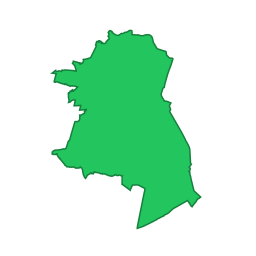 outline of San Martín Texmelucan, Puebla, Mexico, rotated 13°
{"feature_id": "50627088B54232272598666", "entity_name": "San Martín Texmelucan", "entity_type": "district", "adm_level": 2, "iso_a3": "MEX", "parent_name": "Mexico", "parent_adm1": "Puebla", "projection": "robinson", "projection_center": [-98.448, 19.266], "detail": "fine", "context": "isolated", "style": "filled", "palette": "green", "viewbox_px": 256, "rotation_deg": 13, "n_neighbors": 0, "source": "geoboundaries", "source_scale": "gbopen_adm2", "svg_char_len": 5478}
<svg xmlns="http://www.w3.org/2000/svg" viewBox="0 0 256 256"><g transform="rotate(13 128 128)"><path d="M208.4,189.7L209.4,187.3L210.8,184.7L211.3,182.8L212.4,180.9L213.2,180.5L214.3,178.9L206.4,174.4L200.6,162.9L199.8,160.9L199.0,159.7L198.4,158.1L198.1,156.9L197.2,156.7L197.9,154.7L197.6,153.6L197.6,153.2L196.4,152.5L197.9,149.0L196.9,148.4L196.1,145.6L192.9,134.6L191.8,132.7L189.9,130.4L189.0,129.3L187.5,127.8L185.6,125.3L181.2,120.2L164.8,102.5L165.4,100.5L164.0,98.3L163.5,97.3L163.4,96.9L163.4,96.4L164.2,94.0L161.1,93.4L158.8,93.3L157.2,93.5L156.7,92.7L155.3,91.3L154.8,91.0L154.4,90.3L153.7,89.6L153.0,88.6L152.8,88.1L152.7,87.0L153.1,81.5L153.3,81.1L154.2,80.3L154.0,77.0L154.5,67.0L154.7,64.8L155.8,56.5L156.2,50.5L155.2,50.0L154.3,50.3L153.1,50.5L152.0,50.1L151.4,49.8L150.8,49.2L149.6,48.7L148.9,47.6L148.0,45.2L147.2,44.8L145.4,44.8L141.1,44.4L138.7,44.3L135.8,41.4L135.2,40.6L133.3,38.8L133.0,37.8L132.3,36.4L131.3,34.6L130.3,33.3L129.6,33.1L128.4,32.5L126.4,32.6L125.5,32.8L123.4,33.7L121.5,34.9L120.2,35.1L116.5,35.0L115.4,35.5L111.0,36.1L110.4,33.9L109.9,32.4L108.4,32.3L107.3,32.8L106.4,33.9L105.1,34.9L104.6,35.2L103.6,35.4L102.0,36.9L101.5,37.2L100.3,37.3L98.8,39.0L98.0,39.6L97.8,40.0L96.7,40.1L95.3,40.1L92.9,39.3L92.4,39.1L91.0,37.9L90.6,37.9L90.6,37.6L89.4,37.2L89.2,37.5L88.4,37.2L88.2,37.3L87.9,37.7L87.5,38.8L87.2,39.2L87.3,39.6L87.5,39.9L88.2,40.6L88.4,41.1L88.3,42.3L87.9,43.0L88.6,43.7L88.8,44.0L89.2,44.3L89.5,45.6L89.2,45.9L88.6,46.8L88.3,47.0L88.1,47.3L88.1,47.7L87.5,48.4L87.3,49.0L87.3,49.9L87.2,50.2L86.9,50.5L86.5,50.6L86.3,50.9L86.0,51.1L84.5,51.3L84.0,50.5L83.7,50.7L83.2,51.4L83.0,51.5L82.9,51.2L82.7,50.4L82.6,50.1L82.2,49.7L81.7,49.5L81.3,49.7L80.9,50.5L80.7,50.6L80.5,50.4L80.3,49.5L79.8,49.6L79.6,50.0L79.6,50.7L79.4,51.1L79.2,51.1L78.9,50.6L78.6,50.6L78.2,50.7L77.9,51.6L77.9,53.2L77.7,54.4L77.9,54.5L78.6,55.2L78.7,55.4L75.7,68.0L70.4,70.9L70.1,70.9L69.5,71.1L69.1,71.1L68.9,71.3L69.0,71.5L69.6,71.9L69.5,73.5L69.3,74.0L69.3,74.6L69.1,75.0L68.7,75.4L67.8,75.3L67.7,75.4L67.4,75.4L67.6,76.0L67.2,76.6L66.9,76.6L66.6,76.5L66.2,76.2L66.0,75.4L59.7,75.2L59.6,77.2L59.4,77.5L62.4,79.5L62.4,79.9L64.7,83.8L64.7,84.4L62.2,84.3L53.6,85.6L53.4,85.7L52.6,86.2L50.7,86.4L50.5,86.7L50.5,87.8L47.8,87.8L47.0,88.6L45.6,88.8L44.5,88.8L44.4,88.3L43.7,89.0L42.4,90.9L41.7,91.6L44.0,91.4L45.8,91.1L45.6,99.5L46.2,99.9L46.6,99.8L46.8,99.4L47.3,99.5L47.5,99.2L48.4,99.0L49.4,99.0L50.3,99.4L50.9,99.1L51.3,99.2L52.0,99.5L52.8,99.4L53.0,99.6L53.8,99.6L54.1,99.7L55.1,99.7L55.7,99.3L56.1,99.3L56.6,99.9L56.9,99.8L56.8,99.5L57.0,99.3L58.1,99.1L58.3,99.1L58.5,99.2L58.6,99.7L60.7,100.1L61.3,99.9L61.5,100.0L62.0,100.2L62.3,100.4L62.7,100.3L62.9,99.9L63.3,99.7L63.8,99.5L64.2,99.4L64.4,99.6L65.4,99.4L65.9,99.2L66.5,99.2L68.0,99.2L68.4,99.5L68.6,99.5L68.8,99.5L68.9,99.4L69.2,99.3L69.7,99.3L67.9,102.5L67.6,102.8L67.1,102.9L66.8,103.3L66.7,103.5L66.6,104.5L66.4,104.6L66.1,104.6L65.8,104.2L65.3,103.3L64.8,103.8L64.7,104.0L64.9,104.2L65.1,104.5L65.0,104.8L64.7,105.1L63.4,105.0L63.3,106.1L63.1,106.4L63.1,107.0L62.9,107.1L62.1,107.1L62.0,107.6L62.5,109.2L63.3,112.2L63.9,113.2L64.6,115.1L64.3,116.1L64.3,116.5L64.5,116.4L64.6,116.2L66.0,115.5L66.2,114.9L67.2,113.8L67.8,113.1L69.2,112.8L69.5,112.6L69.5,112.8L70.4,113.0L70.5,118.5L76.9,116.7L76.8,121.5L81.0,120.2L83.1,119.3L83.2,120.5L81.8,121.7L81.9,122.2L82.3,122.7L82.4,123.0L82.2,123.5L80.6,124.8L79.7,125.7L78.9,126.0L78.3,126.4L78.1,126.4L78.7,127.6L78.4,127.9L79.0,129.9L78.8,130.8L78.8,131.8L77.5,132.9L76.9,133.4L75.9,133.3L75.4,133.5L74.4,134.2L74.7,134.1L74.8,135.1L74.1,146.1L73.9,151.2L73.9,151.8L73.8,152.6L73.3,153.5L72.8,154.7L72.5,158.5L72.2,161.7L71.3,162.5L70.7,162.8L69.6,162.9L66.9,164.4L64.0,165.4L62.8,165.7L62.0,166.0L61.6,166.4L61.4,166.3L60.6,167.0L60.0,168.0L59.6,168.4L60.0,170.5L61.8,170.5L62.3,170.2L63.1,170.2L64.4,169.1L64.7,169.1L64.9,169.4L64.9,170.1L66.5,171.8L67.5,172.5L68.0,172.6L68.4,172.9L68.2,173.2L69.5,174.0L74.0,177.4L74.9,178.4L76.6,179.1L77.2,179.6L78.3,179.3L79.5,179.2L79.8,179.3L80.8,178.9L81.4,179.0L82.1,178.9L82.8,178.5L84.0,178.3L84.8,178.3L86.0,178.9L86.7,178.7L87.3,178.4L87.7,178.5L88.2,178.1L88.8,178.2L89.2,178.0L89.7,177.7L90.2,176.7L90.8,177.3L91.2,177.3L91.4,177.2L91.7,177.2L92.1,177.5L93.1,179.1L94.7,182.8L94.9,183.4L95.4,184.0L95.7,184.5L96.2,184.9L96.6,185.7L97.9,186.7L98.5,185.4L99.1,182.9L100.2,182.2L101.1,181.0L102.2,180.8L102.2,180.0L102.6,180.2L102.7,180.7L104.6,180.4L104.4,178.8L104.7,178.7L105.6,178.4L105.7,178.6L106.1,178.3L106.3,178.3L106.5,178.6L108.5,178.3L108.9,178.4L110.0,178.2L111.3,178.7L112.2,178.6L112.9,178.3L113.6,178.6L113.8,178.2L114.0,178.2L114.4,178.2L114.7,178.1L115.3,178.1L116.1,177.9L116.4,177.9L116.9,178.2L118.2,178.5L118.7,178.5L119.3,178.6L120.5,178.8L121.3,178.6L121.5,178.7L122.7,178.7L123.4,178.5L125.1,177.4L125.3,177.2L125.7,176.4L125.9,176.2L126.1,176.2L127.2,176.8L127.8,176.6L128.9,176.6L129.3,176.5L130.1,175.8L130.5,175.6L132.1,176.2L132.8,176.1L133.2,175.9L133.2,176.5L134.9,184.3L135.4,184.3L144.2,188.2L144.2,187.5L145.2,182.6L150.5,181.2L157.2,182.9L158.3,183.6L158.5,193.7L159.3,220.8L159.4,222.7L159.6,223.7L160.8,223.0L162.5,221.9L164.1,221.0L165.2,220.2L168.6,217.5L174.5,212.6L175.3,211.8L176.5,210.9L176.4,210.7L177.8,209.4L178.7,208.8L180.3,207.4L182.0,206.1L182.8,205.4L182.7,205.1L183.2,204.5L184.9,203.3L186.8,201.4L187.8,199.8L190.0,196.6L202.3,185.3L204.5,187.3L207.4,190.1L208.2,190.3L208.4,189.7L208.4,189.7Z" fill="#22c55e" stroke="#15803d" stroke-width="1.5"/></g></svg>